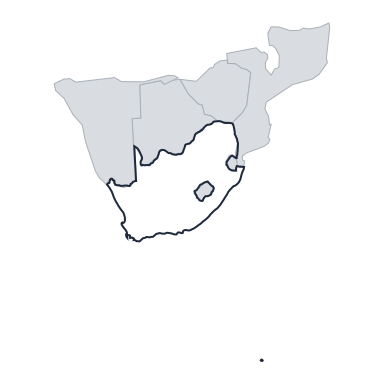 South Africa and the surrounding countries
{"feature_id": "ZAF", "entity_name": "South Africa", "entity_type": "country or territory", "adm_level": 0, "iso_a3": "ZAF", "parent_name": "Africa", "parent_adm1": "", "projection": "albers", "projection_center": [25.295, -34.555], "detail": "fine", "context": "with_neighbors", "style": "outline", "palette": "slate", "viewbox_px": 384, "rotation_deg": 0, "n_neighbors": 6, "source": "natural_earth", "source_scale": "50m", "svg_char_len": 7572}
<svg xmlns="http://www.w3.org/2000/svg" viewBox="0 0 384 384"><path d="M207.0,182.1L213.2,188.1L209.1,195.7L204.5,197.1L202.9,200.1L200.0,201.0L194.0,193.5L203.1,183.9L207.0,182.1Z" fill="#d9dde1" stroke="#a8b0b8" stroke-width="1"/><path d="M232.4,122.7L216.9,120.5L211.3,116.0L204.5,114.4L202.1,105.1L198.2,104.0L188.1,93.7L179.8,79.3L196.3,81.3L209.9,68.1L213.3,67.5L214.6,64.3L220.1,60.9L227.3,60.0L227.7,63.4L235.6,63.7L241.7,68.2L246.2,69.2L250.8,72.5L246.7,105.5L242.4,112.7L232.4,122.7Z" fill="#d9dde1" stroke="#a8b0b8" stroke-width="1"/><path d="M216.9,120.5L204.1,127.0L196.1,133.8L190.4,143.5L185.7,144.2L183.3,151.7L177.8,153.9L170.9,153.5L163.1,149.8L159.0,152.1L157.0,156.7L149.0,164.0L143.0,165.2L140.9,162.0L141.4,156.2L135.9,147.4L133.5,146.1L132.1,118.7L140.8,118.0L139.7,84.9L160.7,80.7L164.3,84.4L170.1,80.7L179.8,79.3L188.1,93.7L198.2,104.0L202.1,105.1L204.5,114.4L211.3,116.0L216.9,120.5Z" fill="#d9dde1" stroke="#a8b0b8" stroke-width="1"/><path d="M132.1,118.7L135.4,181.1L128.3,186.4L123.9,187.3L114.9,185.5L113.2,181.5L109.7,179.2L106.1,184.2L99.3,177.7L95.4,171.1L85.4,141.3L82.3,125.2L73.0,114.6L64.2,98.6L55.7,90.6L54.2,83.7L63.8,79.1L69.8,78.6L75.8,82.1L114.7,77.6L121.4,81.6L143.9,81.8L168.4,75.3L174.4,75.8L178.1,77.8L164.3,84.4L160.7,80.7L139.7,84.9L140.8,118.0L132.1,118.7Z" fill="#d9dde1" stroke="#a8b0b8" stroke-width="1"/><path d="M271.1,26.9L278.5,26.9L290.0,30.6L299.5,30.4L303.3,28.1L309.1,29.0L320.3,27.0L328.8,23.0L329.8,27.2L326.4,57.9L327.4,62.6L319.1,74.3L312.3,79.1L292.4,84.6L266.3,102.2L264.9,108.8L268.5,116.2L269.5,124.6L271.2,124.3L268.1,137.6L270.0,139.4L268.3,143.2L264.4,146.2L246.3,153.0L242.3,156.2L242.7,160.2L244.8,161.0L243.7,165.9L237.4,165.4L235.4,153.4L237.6,143.0L232.4,122.7L242.4,112.7L246.7,105.5L250.8,72.5L246.2,69.2L241.7,68.2L235.6,63.7L227.7,63.4L226.7,53.5L256.2,47.8L261.3,52.6L264.0,52.0L267.6,54.6L267.8,58.3L265.4,62.3L265.6,68.8L271.2,75.0L274.6,69.0L278.9,67.5L279.3,55.7L275.9,48.8L272.7,45.6L269.4,45.4L267.7,33.5L271.1,26.9Z" fill="#d9dde1" stroke="#a8b0b8" stroke-width="1"/><path d="M237.4,165.4L235.4,169.5L230.4,170.2L225.7,164.8L225.8,161.5L229.2,155.4L231.7,154.8L235.9,156.8L237.4,165.4Z" fill="#d9dde1" stroke="#a8b0b8" stroke-width="1"/><path d="M216.2,121.4L216.3,121.4L218.9,121.1L221.0,121.5L223.5,122.6L225.9,123.1L228.1,122.9L229.9,123.0L231.3,123.2L232.4,123.6L233.1,124.2L233.2,124.7L233.2,124.9L233.6,126.2L234.1,128.2L234.4,130.0L234.8,132.5L234.7,133.9L234.8,134.5L235.3,135.2L235.8,136.3L236.0,137.0L236.2,137.5L236.8,138.4L237.2,139.9L237.5,141.7L237.8,142.6L237.9,143.1L238.0,143.9L237.9,145.6L237.8,147.5L237.7,149.7L237.6,151.5L237.4,152.4L237.3,154.9L236.7,156.2L236.7,157.3L236.8,158.0L236.6,158.1L236.1,158.2L234.2,157.0L232.4,155.7L232.1,155.7L231.7,155.8L230.6,156.5L229.5,157.8L228.9,158.8L228.1,159.9L226.8,161.7L226.7,162.1L226.6,163.6L226.6,165.0L227.3,165.3L227.7,166.5L228.7,168.5L230.4,169.7L232.0,170.4L234.2,170.7L236.1,170.7L236.0,169.5L236.3,167.5L236.7,166.1L236.9,166.1L237.4,166.3L237.6,166.4L238.4,166.4L239.7,166.8L240.7,166.8L241.6,166.8L243.2,166.9L244.1,167.0L243.7,169.1L242.2,172.5L241.7,174.0L240.3,179.5L238.8,182.3L237.9,183.4L235.7,185.3L235.0,185.7L234.5,185.9L233.6,186.1L229.7,190.1L228.2,192.0L226.8,194.9L225.6,196.5L223.6,199.8L221.9,202.4L220.3,204.8L217.6,208.0L216.5,209.0L215.7,209.4L213.6,211.2L210.6,214.3L208.4,217.0L205.1,220.0L203.2,221.3L200.3,224.0L199.5,224.4L196.3,226.8L194.1,228.3L190.4,230.1L189.0,230.5L185.5,230.0L184.1,230.3L182.9,231.4L182.8,232.9L182.3,233.1L181.5,233.1L179.2,232.4L177.9,232.5L177.1,233.4L176.5,234.4L174.7,234.5L171.5,233.4L167.7,232.8L166.8,232.8L165.0,233.6L164.4,233.7L161.7,233.6L160.2,233.1L158.8,233.2L157.8,233.6L156.5,233.8L153.0,236.8L151.2,236.9L149.6,237.3L148.8,237.3L147.4,237.0L146.8,237.0L146.0,237.2L145.2,237.8L143.3,238.1L142.6,238.6L139.5,241.4L138.8,241.3L138.2,241.2L136.6,241.2L134.6,239.9L133.9,240.0L134.1,239.6L134.1,238.8L133.6,238.3L133.4,238.1L132.6,238.2L132.2,237.6L131.1,237.6L130.7,237.8L130.1,237.9L130.1,237.2L130.1,236.8L130.0,236.2L129.8,235.4L129.4,235.2L129.0,235.1L128.2,235.2L127.7,235.4L127.4,235.6L127.2,236.2L127.3,237.9L126.9,237.4L126.3,236.4L126.1,235.3L126.2,234.0L127.0,233.5L126.9,232.6L126.7,231.9L125.6,230.0L125.1,229.2L124.3,228.6L123.5,227.2L122.8,226.7L122.5,225.7L121.8,225.0L121.5,223.7L121.8,222.9L122.3,222.5L122.9,223.1L123.6,222.8L124.5,221.8L125.0,220.4L124.9,218.1L124.7,216.7L123.6,213.2L123.2,212.4L121.2,209.9L118.9,206.6L115.8,201.3L114.2,198.1L111.8,191.7L109.7,188.1L107.3,184.8L107.0,184.6L107.3,184.1L108.4,183.2L108.9,182.9L109.2,183.0L109.4,182.8L109.6,182.2L109.6,181.7L109.7,181.0L109.9,180.5L110.1,179.6L110.6,179.0L111.6,178.6L112.4,179.0L112.7,179.4L112.9,180.1L113.3,180.3L113.8,180.3L114.3,180.6L114.5,181.4L114.5,182.0L114.3,182.4L114.3,182.8L114.8,183.4L115.0,183.9L115.3,184.6L116.7,185.0L117.4,185.2L118.6,185.2L119.7,185.4L120.8,185.9L122.6,185.9L124.9,185.5L126.9,185.5L128.5,185.9L129.6,186.0L130.3,185.6L130.5,185.0L130.4,184.4L130.7,183.9L131.5,183.7L132.1,183.2L132.5,182.3L133.6,181.6L135.2,181.0L136.1,181.0L136.0,179.6L135.8,175.4L135.6,171.2L135.4,167.0L135.1,162.7L134.9,158.5L134.7,154.3L134.5,150.1L134.3,146.2L134.7,146.4L137.5,148.4L138.3,149.5L138.7,150.2L140.0,152.6L141.0,154.9L141.8,156.6L141.8,157.4L142.0,158.1L142.1,158.5L142.0,158.9L141.6,159.9L141.1,160.6L140.6,161.6L140.6,162.9L140.8,164.5L141.2,165.2L141.7,165.4L142.8,165.0L143.5,165.1L144.5,165.3L147.7,165.0L148.1,165.1L149.3,165.2L149.7,165.0L150.1,164.7L150.5,163.8L150.9,163.5L151.5,163.3L152.4,163.0L153.0,162.5L154.0,160.6L156.1,158.9L156.8,158.5L157.2,158.1L157.5,157.5L158.2,155.5L158.8,153.8L158.9,153.0L159.4,151.7L160.0,150.8L160.6,150.4L160.9,150.2L161.7,150.0L162.7,149.8L163.8,150.0L164.9,150.5L166.2,151.3L167.5,152.3L168.1,152.8L168.8,153.1L169.9,153.1L170.7,153.1L171.9,154.1L172.5,154.2L173.8,154.5L175.5,154.8L176.5,154.8L177.6,154.2L178.4,154.2L179.4,154.2L180.6,154.1L181.4,153.8L182.0,153.3L182.6,152.8L183.3,151.2L183.6,149.9L184.2,148.5L184.9,146.5L185.2,145.1L185.5,144.7L186.5,144.3L187.4,144.0L189.7,143.5L190.1,143.2L190.6,142.6L191.6,141.5L192.9,140.5L193.5,140.0L194.8,135.5L194.9,135.0L195.8,133.8L196.3,133.3L196.7,133.3L197.2,133.0L197.8,132.4L198.6,132.0L199.4,131.9L200.0,131.5L200.3,130.9L200.7,130.5L201.4,130.6L201.8,130.4L201.9,129.9L202.2,129.5L202.9,129.2L203.3,128.9L203.4,128.4L204.2,127.4L205.9,125.7L207.4,124.8L208.8,124.7L210.2,124.4L211.5,123.9L212.4,123.2L213.1,122.1L214.1,121.5L216.2,121.4ZM208.1,196.0L209.5,195.4L210.1,195.1L210.6,194.8L211.1,194.4L211.4,193.2L211.6,192.3L212.0,191.8L212.5,191.6L212.9,191.1L213.4,189.9L213.7,188.7L213.8,188.3L213.6,187.8L213.4,187.2L213.1,186.5L212.8,186.4L212.1,186.0L211.1,185.2L210.3,184.4L209.5,183.4L209.2,183.2L208.5,182.5L208.1,182.1L207.9,181.7L207.7,181.5L207.3,181.6L206.4,181.8L204.4,182.5L203.2,183.2L202.1,184.1L201.0,184.4L200.3,184.7L199.6,185.7L199.0,186.6L198.5,187.5L198.2,187.9L197.9,188.1L197.6,188.6L197.0,189.5L196.5,190.1L195.8,190.5L194.9,190.9L194.5,191.1L194.5,191.5L194.8,192.3L195.1,193.2L195.6,194.1L196.0,194.9L196.5,195.7L196.9,196.2L196.8,197.1L196.9,197.4L197.1,197.7L197.3,197.8L197.5,198.0L198.0,198.2L198.1,198.4L198.4,198.7L198.7,199.2L199.3,200.0L200.0,200.5L201.2,200.8L202.2,201.0L202.5,200.9L202.8,200.4L203.1,199.9L203.2,199.2L203.5,198.8L204.7,197.0L205.3,196.3L205.7,196.3L206.2,196.2L206.8,196.2L207.3,196.2L208.1,196.0ZM262.4,360.8L262.1,361.0L260.8,360.6L260.7,360.3L261.2,359.8L261.4,359.6L262.1,359.8L262.6,360.3L262.7,360.5L262.4,360.8Z" fill="none" stroke="#1e293b" stroke-width="2"/></svg>